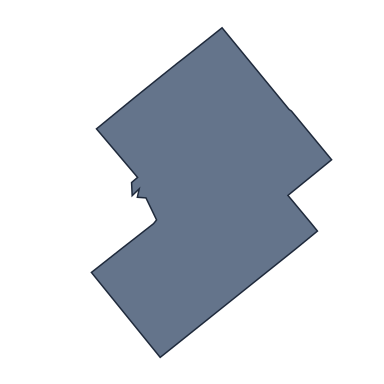 White, Indiana, United States of America, rotated 141°
{"feature_id": "52423323B46958637161995", "entity_name": "White", "entity_type": "district", "adm_level": 2, "iso_a3": "USA", "parent_name": "United States of America", "parent_adm1": "Indiana", "projection": "natural_earth1", "projection_center": [-86.852, 40.737], "detail": "fine", "context": "isolated", "style": "filled", "palette": "slate", "viewbox_px": 384, "rotation_deg": 141, "n_neighbors": 0, "source": "geoboundaries", "source_scale": "gbopen_adm2", "svg_char_len": 462}
<svg xmlns="http://www.w3.org/2000/svg" viewBox="0 0 384 384"><g transform="rotate(141 192 192)"><path d="M320.8,83.5L147.2,82.5L119.1,82.7L119.1,92.7L119.6,129.0L63.2,129.2L63.8,192.3L64.6,195.0L65.3,300.7L112.1,301.1L121.9,301.3L140.7,301.4L177.9,301.5L226.5,301.2L225.1,237.6L233.0,237.4L240.8,226.8L231.0,227.7L237.8,222.3L231.5,216.4L237.1,192.6L241.8,191.6L282.5,192.3L320.8,192.8L320.8,83.5Z" fill="#64748b" stroke="#1e293b" stroke-width="1.5"/></g></svg>